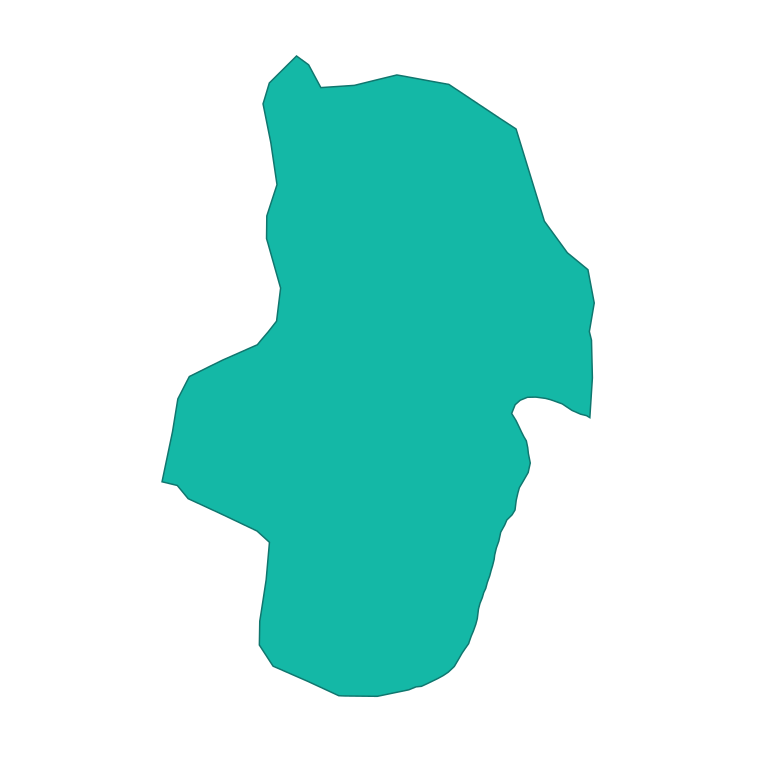 Umu-Nneochi, Abia, Nigeria (Natural Earth projection), rotated 277°
{"feature_id": "59680162B46179290363212", "entity_name": "Umu-Nneochi", "entity_type": "district", "adm_level": 2, "iso_a3": "NGA", "parent_name": "Nigeria", "parent_adm1": "Abia", "projection": "natural_earth1", "projection_center": [7.375, 5.963], "detail": "fine", "context": "isolated", "style": "filled", "palette": "teal", "viewbox_px": 768, "rotation_deg": 277, "n_neighbors": 0, "source": "geoboundaries", "source_scale": "gbopen_adm2", "svg_char_len": 1790}
<svg xmlns="http://www.w3.org/2000/svg" viewBox="0 0 768 768"><g transform="rotate(277 384 384)"><path d="M259.9,175.6L258.1,191.2L246.3,203.6L234.6,240.0L222.6,275.9L212.9,289.6L210.2,289.7L175.3,290.9L155.2,290.3L142.2,289.9L133.4,289.6L109.7,292.1L90.4,308.3L79.6,344.5L69.1,377.1L69.5,382.2L69.8,385.1L73.2,415.5L78.3,430.5L82.1,441.8L83.5,445.9L87.3,452.7L88.5,458.0L91.7,463.2L98.1,473.1L101.9,478.4L105.8,482.9L112.2,488.2L119.3,491.3L126.4,494.3L130.9,496.6L136.7,499.7L136.9,499.7L139.4,500.2L144.4,501.3L149.6,502.8L156.7,504.4L162.5,505.2L172.2,505.2L178.0,506.0L183.9,507.6L189.0,508.4L193.5,509.9L199.4,510.7L203.9,511.7L206.5,512.3L212.3,513.1L216.8,513.9L223.3,514.7L227.8,514.7L234.9,515.5L242.0,517.1L247.6,517.6L251.1,517.9L258.8,521.0L264.0,522.5L269.8,527.1L274.9,529.4L284.7,529.4L292.4,530.2L297.6,531.0L304.7,534.1L313.7,537.9L323.4,538.8L328.0,537.3L332.5,535.8L338.4,534.4L344.9,532.2L348.8,529.2L353.3,526.2L357.9,523.3L363.8,519.5L365.3,518.3L370.3,514.3L379.4,516.7L384.5,521.2L388.3,528.0L389.5,536.3L389.4,546.1L388.7,551.3L386.0,563.3L383.3,568.6L380.7,573.8L378.0,582.8L377.3,588.8L375.7,592.4L415.5,590.1L452.8,584.6L461.1,581.4L464.4,581.6L490.0,582.8L522.3,572.5L536.6,550.0L565.4,523.1L565.9,523.0L653.2,484.0L662.3,465.5L689.3,411.8L689.4,409.0L689.5,408.2L689.5,407.5L690.4,391.7L691.5,373.6L691.6,371.7L691.9,367.2L692.3,359.1L685.1,340.0L676.8,318.2L670.5,285.2L691.6,270.3L698.9,257.2L668.8,233.5L652.4,230.7L647.3,229.8L609.6,242.3L568.8,253.5L536.5,247.2L514.0,249.7L509.4,251.7L503.2,254.3L467.5,269.3L466.7,269.7L433.3,269.7L429.3,267.3L421.5,262.6L412.6,256.7L407.5,253.5L403.9,247.4L388.2,221.1L380.9,209.9L367.7,189.9L363.2,188.2L344.1,181.2L310.8,179.9L274.2,176.8L259.9,175.6Z" fill="#14b8a6" stroke="#0f766e" stroke-width="1.5"/></g></svg>